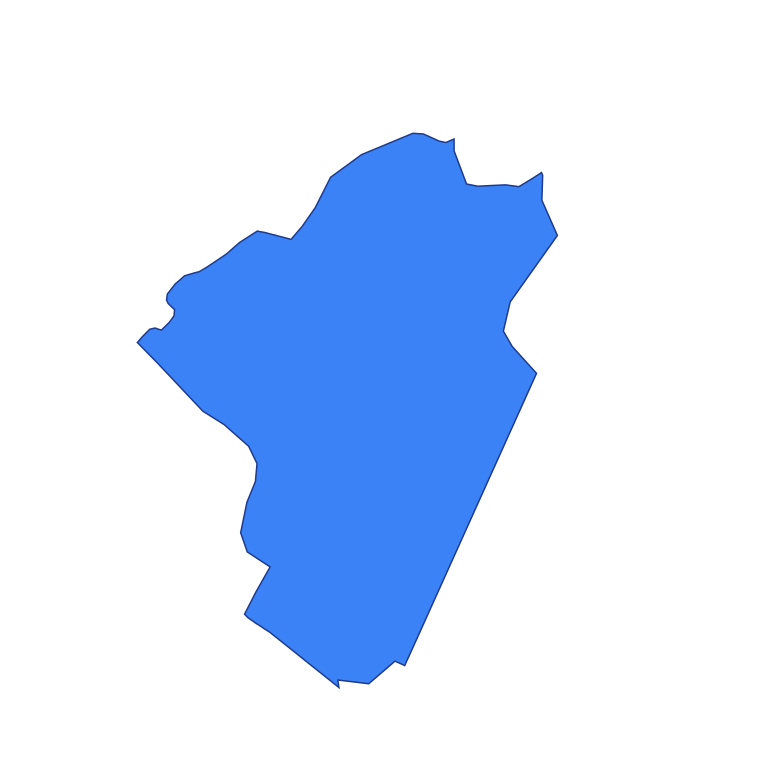 Kas, Southern Darfur, Sudan, rotated 226°
{"feature_id": "16777658B26815240232488", "entity_name": "Kas", "entity_type": "district", "adm_level": 2, "iso_a3": "SDN", "parent_name": "Sudan", "parent_adm1": "Southern Darfur", "projection": "orthographic", "projection_center": [24.119, 12.446], "detail": "fine", "context": "isolated", "style": "filled", "palette": "blue", "viewbox_px": 768, "rotation_deg": 226, "n_neighbors": 0, "source": "geoboundaries", "source_scale": "gbopen_adm2", "svg_char_len": 1827}
<svg xmlns="http://www.w3.org/2000/svg" viewBox="0 0 768 768"><g transform="rotate(226 384 384)"><path d="M569.8,489.2L558.6,457.0L554.2,434.6L552.6,417.6L575.8,403.5L579.5,400.8L582.0,399.1L586.1,378.5L587.0,360.8L591.1,337.7L593.2,329.0L595.4,325.2L598.4,319.5L600.4,315.6L600.6,310.4L601.0,303.2L599.2,290.6L595.4,285.8L591.9,284.7L587.8,284.8L583.0,285.0L578.9,280.3L577.5,272.5L577.4,261.4L579.9,259.9L583.3,258.2L586.1,253.6L585.9,243.4L585.2,235.4L556.0,235.6L490.1,234.8L465.9,240.8L433.3,243.4L415.0,237.4L403.2,223.8L394.1,203.2L376.6,177.6L358.2,169.0L331.5,175.0L323.5,147.8L315.3,123.8L315.1,123.8L313.5,123.8L311.8,123.8L311.4,123.8L311.2,123.8L310.5,123.8L307.9,124.3L306.7,124.5L305.8,124.7L301.4,125.5L298.2,126.3L296.4,126.7L295.9,126.8L295.5,126.9L294.4,127.2L293.9,127.3L290.8,127.9L288.2,128.6L287.8,128.7L286.0,129.1L285.5,129.3L283.6,129.5L281.5,129.8L280.4,129.9L279.1,130.1L267.7,131.6L243.0,134.8L240.2,135.1L237.6,135.5L236.3,135.6L234.4,135.9L234.1,135.9L232.0,136.2L230.2,136.4L228.2,136.7L221.9,137.5L216.6,138.2L215.9,138.3L214.1,138.5L206.9,139.5L205.8,139.6L204.9,139.7L204.1,139.8L203.9,139.8L203.5,139.9L202.7,140.0L202.0,140.1L201.3,140.2L200.2,140.3L199.2,140.4L198.2,140.6L197.0,140.7L197.9,141.4L198.7,142.0L199.0,142.2L200.3,143.1L201.0,143.6L202.3,144.5L202.6,144.7L203.1,145.2L193.6,152.9L179.0,164.8L178.2,178.3L177.4,192.5L177.1,198.3L177.1,198.9L177.1,199.1L177.0,199.4L176.1,199.7L175.6,199.9L174.4,200.4L172.3,201.3L167.9,203.0L167.1,203.3L179.3,234.2L181.9,240.7L285.7,501.1L322.0,502.3L339.1,506.6L355.4,531.8L370.4,611.9L406.5,625.2L423.9,643.1L426.7,644.2L428.4,635.3L432.2,618.2L443.0,609.6L461.1,588.9L470.5,582.3L502.9,596.3L511.6,604.6L514.7,596.3L520.2,592.5L536.5,586.0L544.3,578.9L564.6,527.2L569.8,489.2Z" fill="#3b82f6" stroke="#1e3a8a" stroke-width="1.5"/></g></svg>